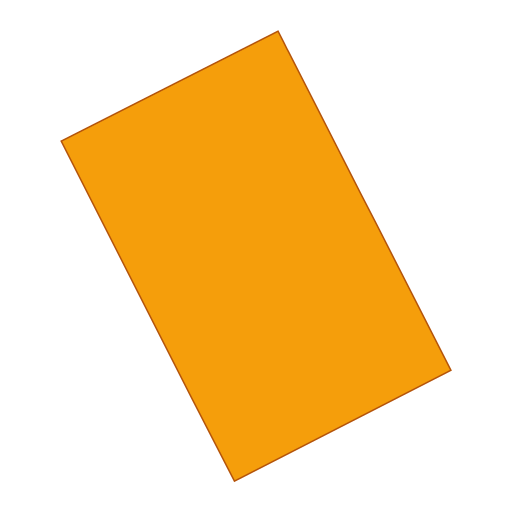 Worth, Iowa, United States of America, rotated 63°
{"feature_id": "52423323B83558123373656", "entity_name": "Worth", "entity_type": "district", "adm_level": 2, "iso_a3": "USA", "parent_name": "United States of America", "parent_adm1": "Iowa", "projection": "robinson", "projection_center": [-93.275, 43.377], "detail": "fine", "context": "isolated", "style": "filled", "palette": "amber", "viewbox_px": 512, "rotation_deg": 63, "n_neighbors": 0, "source": "geoboundaries", "source_scale": "gbopen_adm2", "svg_char_len": 368}
<svg xmlns="http://www.w3.org/2000/svg" viewBox="0 0 512 512"><g transform="rotate(63 256 256)"><path d="M446.3,134.2L426.3,134.2L329.8,134.2L281.8,134.2L247.2,134.4L144.8,134.3L121.1,134.3L88.9,134.3L85.5,134.4L78.0,134.3L73.0,134.3L65.7,134.3L65.2,377.4L256.4,377.7L352.2,377.8L446.8,377.4L446.3,134.2Z" fill="#f59e0b" stroke="#b45309" stroke-width="1.5"/></g></svg>